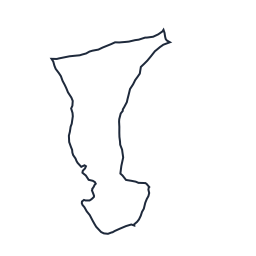 the district of Yagba East, Kogi, Nigeria, rotated 338°
{"feature_id": "59680162B47068494760958", "entity_name": "Yagba East", "entity_type": "district", "adm_level": 2, "iso_a3": "NGA", "parent_name": "Nigeria", "parent_adm1": "Kogi", "projection": "orthographic", "projection_center": [5.772, 8.137], "detail": "fine", "context": "isolated", "style": "outline", "palette": "slate", "viewbox_px": 256, "rotation_deg": 338, "n_neighbors": 0, "source": "geoboundaries", "source_scale": "gbopen_adm2", "svg_char_len": 2115}
<svg xmlns="http://www.w3.org/2000/svg" viewBox="0 0 256 256"><g transform="rotate(338 128 128)"><path d="M83.0,35.2L83.6,38.4L83.1,42.7L83.1,46.1L84.5,51.3L85.2,54.9L85.0,59.7L85.5,64.5L85.7,68.1L85.7,72.4L86.2,75.0L86.9,78.6L86.9,82.2L84.8,86.5L82.6,88.6L82.2,93.3L81.2,96.5L77.4,103.0L75.3,105.3L74.3,107.0L72.7,109.7L70.3,113.0L68.2,119.0L68.0,124.2L68.0,127.3L67.2,130.0L67.0,132.6L67.9,136.6L67.9,139.3L68.2,141.4L70.1,146.5L71.6,146.4L73.7,146.3L74.7,147.7L73.0,149.4L70.7,150.4L69.9,150.9L69.0,152.4L69.9,154.1L71.1,156.2L71.6,158.7L72.1,161.3L73.8,162.5L75.6,163.8L77.0,165.7L77.2,167.6L75.8,168.2L73.9,169.9L72.1,171.0L71.8,171.8L71.2,172.3L71.2,175.8L71.1,178.2L70.6,179.1L68.5,180.0L67.3,180.4L65.2,180.8L61.5,179.3L60.2,178.2L57.8,178.9L57.0,180.4L57.0,182.4L57.9,185.0L58.5,189.8L59.9,194.4L60.5,200.7L61.0,204.6L61.5,207.7L63.7,213.4L64.1,214.4L66.2,216.7L69.8,218.6L73.8,218.7L74.3,218.8L74.5,218.9L77.3,218.5L83.1,218.3L89.4,218.2L94.9,218.7L97.3,220.8L97.7,219.6L101.3,218.4L103.9,216.9L107.0,214.1L109.6,211.0L112.4,208.8L116.0,203.8L118.8,200.9L121.4,198.8L123.3,196.2L123.8,192.8L123.9,192.7L124.9,191.0L125.4,190.8L125.6,190.7L124.3,186.8L123.5,185.6L122.4,185.1L120.0,184.0L117.2,182.8L115.2,180.8L115.0,180.6L111.0,178.0L109.8,177.3L106.7,175.4L105.1,169.9L103.9,167.5L103.9,167.3L107.6,160.7L112.5,153.5L113.7,148.6L114.4,145.9L114.5,140.6L115.6,137.3L116.7,133.1L118.1,129.3L120.4,123.7L122.1,118.8L123.2,116.5L126.7,111.8L128.1,111.0L129.5,110.2L130.2,108.8L132.2,107.3L136.6,103.6L138.4,101.0L141.2,97.2L144.5,92.6L149.1,89.4L152.7,86.2L155.8,84.3L159.3,82.0L162.8,76.2L167.1,74.5L171.1,72.8L176.3,70.0L181.7,66.9L183.7,66.3L188.1,64.9L189.9,64.5L191.9,64.0L199.0,64.2L196.8,61.4L196.3,59.7L196.6,57.3L197.5,53.5L197.7,50.2L197.4,50.4L196.3,51.3L191.1,52.5L185.5,52.8L179.6,51.3L177.7,50.6L171.0,50.1L167.5,49.2L161.1,48.2L157.7,47.2L157.1,47.0L151.9,45.4L148.1,43.7L143.9,43.9L139.8,43.9L134.6,43.9L129.9,44.2L124.0,43.0L120.9,42.7L117.1,43.2L112.9,42.7L110.5,42.5L105.8,41.1L100.6,39.6L92.1,38.0L90.0,37.6L87.8,37.3L83.0,35.2Z" fill="none" stroke="#1e293b" stroke-width="2"/></g></svg>